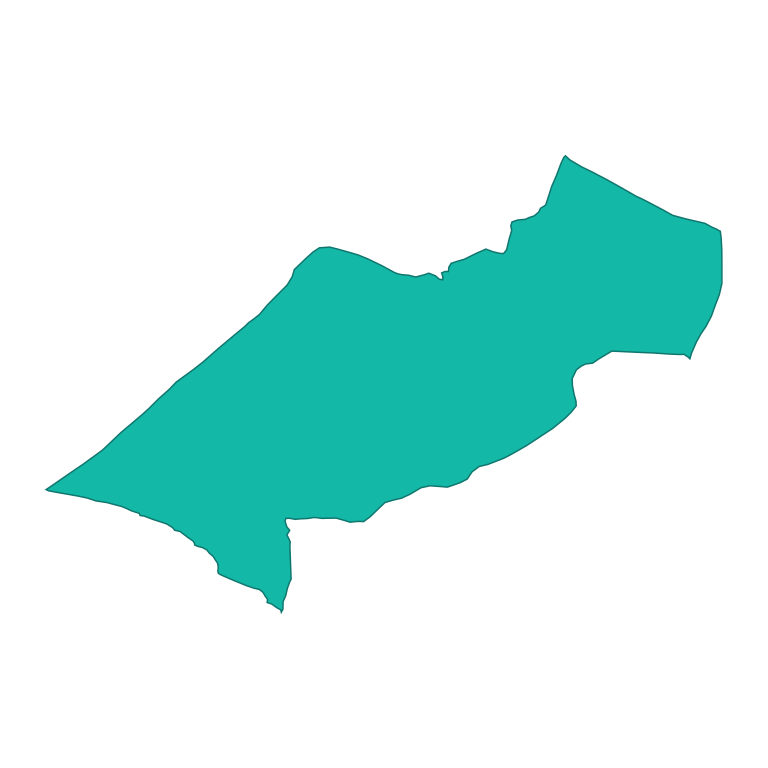 Barclayville, Grand Kru, Liberia (Mercator projection)
{"feature_id": "62588387B34130334496008", "entity_name": "Barclayville", "entity_type": "district", "adm_level": 2, "iso_a3": "LBR", "parent_name": "Liberia", "parent_adm1": "Grand Kru", "projection": "mercator", "projection_center": [-8.19, 4.713], "detail": "fine", "context": "isolated", "style": "filled", "palette": "teal", "viewbox_px": 768, "rotation_deg": 0, "n_neighbors": 0, "source": "geoboundaries", "source_scale": "gbopen_adm2", "svg_char_len": 3085}
<svg xmlns="http://www.w3.org/2000/svg" viewBox="0 0 768 768"><path d="M46.1,489.6L48.6,490.8L60.4,493.0L67.5,494.2L78.2,496.1L87.6,498.1L95.9,500.9L107.2,502.6L114.4,504.6L121.5,506.4L127.0,508.7L130.9,510.6L135.9,512.3L138.6,513.1L139.3,513.4L140.1,515.5L144.2,516.1L153.2,519.5L160.4,521.8L166.4,523.8L172.5,527.5L174.8,530.3L175.4,530.4L179.9,531.4L184.0,534.5L188.5,537.9L193.0,541.0L194.3,542.8L194.8,545.1L197.9,546.4L202.6,547.6L206.8,549.9L209.3,553.1L213.3,556.5L215.1,559.5L217.6,563.2L218.2,567.2L218.1,569.0L217.8,571.2L218.4,573.3L220.6,574.7L225.0,576.7L232.7,580.0L237.8,582.1L246.1,585.5L253.7,588.1L259.4,589.5L263.0,592.3L265.0,595.8L267.6,599.5L267.1,602.5L271.6,604.0L276.8,607.7L280.8,609.9L281.3,612.2L282.9,609.4L283.1,601.6L285.7,595.7L286.3,593.0L287.3,588.6L289.5,582.4L291.1,579.1L289.9,546.4L290.0,544.6L290.2,541.9L288.8,538.6L286.9,535.0L289.7,530.3L286.9,527.0L285.0,521.1L285.8,518.4L289.8,518.3L295.1,519.3L300.7,518.8L307.5,518.5L314.0,517.5L317.8,517.8L321.9,518.4L329.1,518.2L336.2,518.1L345.0,520.6L350.1,522.2L357.8,521.4L361.4,521.5L363.6,521.6L370.2,516.7L379.0,508.2L385.0,502.5L393.6,500.0L401.4,498.2L409.7,494.4L421.1,487.7L430.0,485.8L440.1,486.5L447.2,487.1L448.0,486.9L453.0,485.2L460.4,482.6L467.3,479.0L468.3,477.4L472.1,471.8L479.1,466.5L487.9,464.4L504.3,458.0L511.6,454.1L517.0,451.1L527.0,445.3L552.8,428.3L564.7,418.6L568.5,414.9L571.2,412.2L576.2,405.9L576.0,401.2L574.1,394.4L572.4,385.4L572.2,378.6L576.0,370.6L576.4,369.8L581.4,366.0L585.6,364.0L592.7,363.1L598.3,359.2L607.5,353.7L611.8,351.1L639.9,352.4L652.0,352.9L655.6,353.1L668.6,354.0L679.9,354.5L684.0,354.3L688.2,357.1L689.9,358.8L691.5,353.2L696.0,342.9L696.5,341.8L700.8,334.0L706.0,326.4L711.3,316.3L712.8,312.1L715.6,304.4L719.3,294.7L721.9,283.5L721.9,280.8L721.9,264.5L721.8,250.5L721.2,238.8L720.7,234.2L720.3,231.2L719.4,230.8L716.8,229.3L711.6,227.0L704.8,223.3L696.7,221.4L690.5,220.0L684.6,218.6L675.2,216.0L672.8,215.4L663.1,210.0L648.5,202.3L641.5,198.7L635.8,196.1L623.5,189.0L607.8,180.2L592.0,171.9L588.0,170.0L581.7,166.9L570.0,160.0L565.4,155.8L563.8,157.4L560.8,163.9L556.7,174.9L551.8,186.2L545.7,205.1L540.5,208.3L538.8,212.0L534.2,215.9L529.0,217.6L525.5,219.3L517.8,220.0L512.0,221.9L510.8,225.9L511.7,230.5L509.4,238.2L506.6,249.8L503.5,253.6L499.6,253.3L493.1,251.8L485.9,249.1L476.0,253.5L471.3,255.8L464.2,259.3L457.4,261.3L451.2,263.3L448.9,267.0L448.4,271.5L444.9,271.5L441.6,273.0L442.9,276.9L442.6,279.8L439.3,279.2L435.4,275.8L428.8,273.2L424.2,274.8L415.6,277.0L413.7,276.5L408.5,275.2L401.9,274.7L397.8,273.8L394.4,272.5L381.7,265.6L368.2,259.1L358.3,255.0L348.7,252.2L337.3,249.0L329.7,247.1L319.5,247.8L318.8,248.2L312.9,252.1L304.7,259.6L294.3,269.6L292.3,276.5L287.2,285.0L276.0,296.2L267.2,305.2L259.6,314.3L253.9,318.9L248.7,322.6L244.7,326.6L235.9,333.8L218.6,348.3L212.1,354.0L202.9,362.1L197.0,366.7L194.0,369.1L176.3,382.0L169.1,389.5L158.5,398.9L152.8,404.6L148.8,408.6L142.2,414.6L129.3,425.5L120.9,432.6L102.6,450.0L83.0,464.3L68.3,474.3L54.5,483.9L46.1,489.6Z" fill="#14b8a6" stroke="#0f766e" stroke-width="1.5"/></svg>